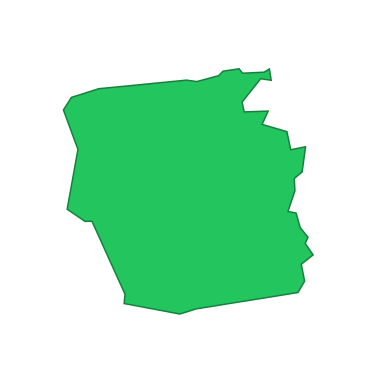 Harrison, West Virginia, United States of America (Albers equal-area conic projection), rotated 158°
{"feature_id": "52423323B15878537434027", "entity_name": "Harrison", "entity_type": "district", "adm_level": 2, "iso_a3": "USA", "parent_name": "United States of America", "parent_adm1": "West Virginia", "projection": "albers", "projection_center": [-80.446, 39.285], "detail": "fine", "context": "isolated", "style": "filled", "palette": "green", "viewbox_px": 384, "rotation_deg": 158, "n_neighbors": 0, "source": "geoboundaries", "source_scale": "gbopen_adm2", "svg_char_len": 658}
<svg xmlns="http://www.w3.org/2000/svg" viewBox="0 0 384 384"><g transform="rotate(158 192 192)"><path d="M296.7,114.0L249.0,83.4L232.0,82.1L131.4,59.1L121.0,67.1L117.7,84.1L103.3,88.3L106.3,101.9L101.4,106.6L105.0,118.3L103.4,133.5L110.3,138.0L96.1,154.6L92.1,166.2L82.3,169.4L69.8,191.4L84.6,194.2L81.4,212.4L101.7,228.4L91.1,238.5L113.6,246.7L111.9,256.6L85.9,271.3L76.7,265.9L74.2,277.1L80.3,276.1L100.6,283.2L102.2,288.6L117.9,292.4L123.8,289.9L146.2,292.6L155.2,297.8L239.7,322.7L268.4,324.9L280.5,316.2L281.8,274.2L314.2,222.8L302.3,204.9L295.7,202.3L294.0,160.7L292.4,122.4L296.7,114.0Z" fill="#22c55e" stroke="#15803d" stroke-width="1.5"/></g></svg>